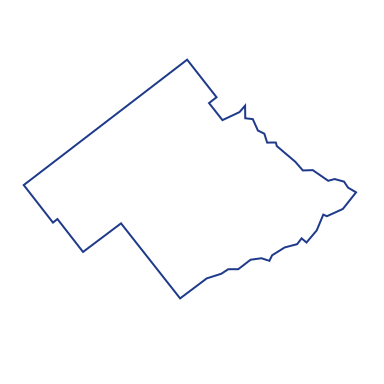 Pike, Arkansas, United States of America, rotated 321°
{"feature_id": "52423323B99086550227942", "entity_name": "Pike", "entity_type": "district", "adm_level": 2, "iso_a3": "USA", "parent_name": "United States of America", "parent_adm1": "Arkansas", "projection": "albers", "projection_center": [-93.566, 34.147], "detail": "fine", "context": "isolated", "style": "outline", "palette": "blue", "viewbox_px": 384, "rotation_deg": 321, "n_neighbors": 0, "source": "geoboundaries", "source_scale": "gbopen_adm2", "svg_char_len": 686}
<svg xmlns="http://www.w3.org/2000/svg" viewBox="0 0 384 384"><g transform="rotate(321 192 192)"><path d="M65.6,80.7L64.7,128.3L70.4,128.3L69.6,170.0L117.1,171.7L115.8,267.2L149.1,268.4L163.4,274.0L171.5,274.8L179.4,281.1L194.9,281.5L204.3,287.2L208.8,294.2L214.4,291.6L229.1,293.4L240.9,298.7L248.0,297.0L249.2,303.3L264.8,300.3L279.8,292.2L281.6,295.7L298.6,300.1L319.3,295.5L316.0,286.8L316.7,279.6L310.9,271.6L304.9,269.0L299.6,251.0L291.7,245.0L291.3,233.6L286.8,209.7L288.3,206.3L281.5,200.9L284.9,192.2L281.9,185.7L285.1,173.6L279.8,168.2L287.6,158.3L279.2,159.8L260.9,155.3L261.2,133.6L270.7,133.8L271.5,86.1L65.6,80.7Z" fill="none" stroke="#1e3a8a" stroke-width="2"/></g></svg>